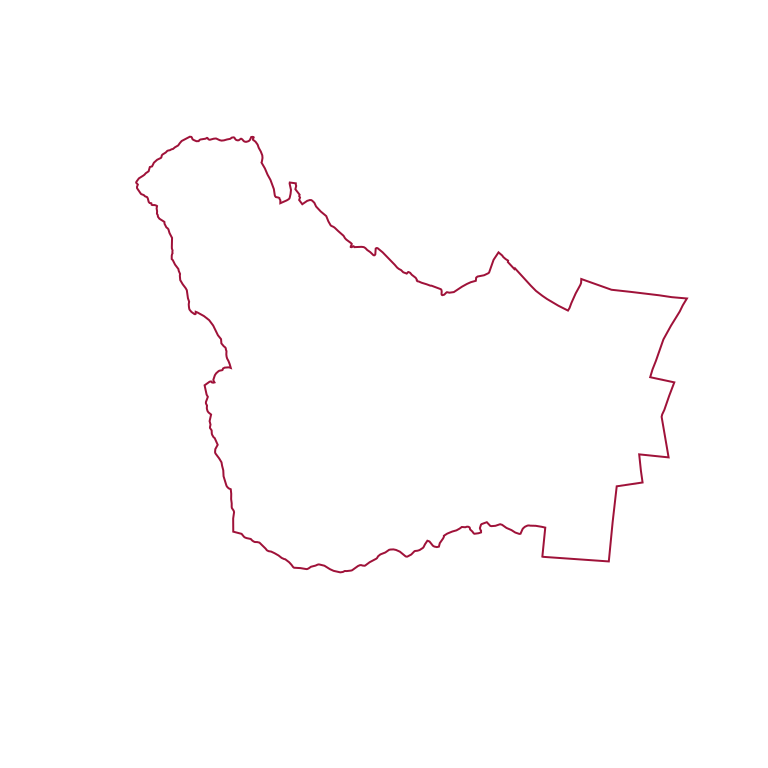 Gornet, Prahova, Romania (Mercator projection), rotated 286°
{"feature_id": "2599482B23838810284079", "entity_name": "Gornet", "entity_type": "district", "adm_level": 2, "iso_a3": "ROU", "parent_name": "Romania", "parent_adm1": "Prahova", "projection": "mercator", "projection_center": [26.087, 45.131], "detail": "fine", "context": "isolated", "style": "outline", "palette": "rose", "viewbox_px": 768, "rotation_deg": 286, "n_neighbors": 0, "source": "geoboundaries", "source_scale": "gbopen_adm2", "svg_char_len": 6152}
<svg xmlns="http://www.w3.org/2000/svg" viewBox="0 0 768 768"><g transform="rotate(286 384 384)"><path d="M491.6,402.5L491.3,401.5L491.6,397.6L491.7,392.2L492.1,389.2L492.0,387.8L492.5,387.0L493.2,386.9L494.8,385.2L496.7,380.5L498.1,378.5L498.4,376.7L498.2,376.3L496.4,375.4L496.7,371.7L498.2,369.0L498.7,366.6L499.5,364.6L501.6,361.4L510.2,346.4L512.8,340.4L512.6,339.3L511.9,338.7L506.2,339.9L505.2,339.5L505.0,339.1L504.9,338.4L507.0,334.4L508.2,330.9L509.5,328.7L510.0,326.9L509.7,324.7L507.4,317.8L508.0,317.0L508.0,316.6L506.6,315.2L506.5,314.3L507.1,314.1L508.4,314.4L509.8,314.4L510.3,313.6L512.4,308.0L513.4,306.3L515.3,304.3L518.4,297.8L520.6,293.6L521.1,292.2L521.5,289.7L521.8,289.0L525.0,285.7L529.5,282.2L532.4,275.6L535.9,269.8L539.0,267.1L540.3,264.7L540.7,263.6L540.6,262.9L540.4,262.0L539.6,260.8L538.9,259.7L534.3,255.9L534.6,255.5L537.5,251.7L540.1,251.9L541.2,250.7L542.7,250.7L546.8,245.1L550.2,245.0L551.5,244.2L552.6,243.9L551.7,237.9L550.7,238.0L544.9,241.1L540.9,241.8L537.1,242.0L536.2,241.9L535.2,241.3L533.6,239.8L529.2,234.5L532.1,233.7L533.0,232.7L533.9,232.2L534.1,231.2L533.9,228.5L534.6,227.5L535.5,226.9L541.0,224.4L548.9,218.6L553.2,214.3L558.4,210.1L563.1,205.2L564.1,205.3L567.8,204.9L570.2,204.0L573.5,201.5L576.5,198.5L579.3,196.5L581.5,193.7L582.7,190.7L583.4,190.4L585.0,190.8L585.4,190.5L585.3,189.4L584.8,188.3L581.5,187.8L580.5,187.2L579.7,186.3L578.7,184.6L578.6,183.1L578.9,182.1L580.1,180.3L580.4,179.2L580.3,178.8L578.3,177.2L577.9,176.3L577.8,174.8L578.3,173.7L579.6,172.2L579.6,171.3L578.8,169.7L577.4,168.7L577.0,168.1L575.8,165.7L574.1,163.0L573.2,160.8L573.1,158.9L573.7,155.0L573.5,154.3L572.9,152.8L570.8,149.3L570.7,148.6L570.9,147.7L571.8,146.5L571.8,146.0L570.6,144.8L568.4,140.1L567.7,139.4L566.4,138.9L565.7,136.8L566.0,134.3L566.4,132.6L568.0,131.3L568.4,130.7L568.2,129.2L561.8,122.5L559.2,121.3L556.6,120.4L553.9,117.8L551.8,116.4L551.0,115.0L549.7,113.7L548.9,112.1L548.3,111.4L546.4,110.4L543.5,107.8L542.5,107.4L540.5,107.5L539.8,107.2L537.0,104.1L533.3,101.8L529.3,101.1L528.0,99.1L523.6,99.1L520.8,96.8L519.2,96.1L517.8,95.0L514.1,91.7L510.3,90.3L509.5,90.2L509.0,90.5L507.9,92.4L505.3,92.2L504.1,92.7L499.8,97.9L499.6,98.6L499.4,101.0L498.6,102.4L498.3,104.8L497.3,105.8L494.2,107.6L493.4,108.8L493.6,110.5L492.2,111.3L492.2,112.2L492.8,114.3L492.7,116.3L492.5,116.8L490.2,117.0L487.4,118.3L485.1,118.8L484.1,119.9L482.5,120.6L481.0,122.5L479.3,128.2L477.5,128.9L474.6,131.6L474.0,133.1L473.3,134.1L470.0,136.2L466.0,140.0L457.2,142.3L455.7,142.8L454.2,143.9L452.4,144.2L451.5,144.7L450.3,144.5L448.8,144.6L445.6,145.5L444.8,146.9L441.2,150.2L437.9,154.6L436.2,155.5L433.6,157.6L431.8,157.9L427.7,159.5L424.4,163.0L421.4,167.0L419.8,168.6L412.4,171.9L409.4,174.0L406.9,174.3L404.7,175.1L402.5,176.1L401.7,176.8L400.2,179.0L399.0,182.4L399.0,183.1L399.5,183.6L401.5,183.1L401.3,185.1L399.7,192.1L397.2,198.3L393.1,203.7L385.1,210.9L382.2,215.0L378.2,216.5L376.1,219.6L375.5,221.1L374.8,222.0L373.4,222.6L372.2,223.5L368.9,224.3L366.8,225.2L365.2,226.2L363.4,228.0L360.7,230.1L357.2,232.3L357.3,231.0L357.1,229.8L355.8,226.3L354.5,225.0L353.0,224.9L352.6,224.5L351.4,222.1L350.7,221.4L348.0,219.7L345.8,219.0L341.1,218.8L340.2,219.2L338.8,220.6L338.3,219.8L338.1,218.7L338.1,218.1L338.8,217.0L338.1,215.7L333.3,211.9L324.9,216.4L323.1,218.2L317.7,217.8L316.7,218.0L316.1,218.3L314.5,219.8L312.0,220.3L311.0,220.8L309.4,221.8L308.3,223.1L307.0,226.2L300.2,226.6L297.2,228.4L294.5,228.6L293.7,228.9L291.9,231.1L288.7,232.2L287.7,232.9L285.9,234.8L285.3,236.2L279.7,240.9L274.9,239.8L271.9,240.4L270.8,241.1L267.0,246.1L263.9,249.4L260.8,250.9L256.7,253.3L251.1,255.2L242.8,260.6L241.9,261.6L240.9,263.4L240.6,265.7L236.4,267.4L231.2,268.8L227.3,270.5L223.8,271.5L222.8,272.0L220.8,274.4L219.5,275.2L213.1,276.1L200.5,279.8L200.7,288.4L198.5,291.6L198.1,292.8L198.0,294.5L198.3,298.6L197.2,300.5L196.7,302.0L196.5,303.4L197.1,305.7L197.2,308.0L193.1,315.6L191.9,317.2L191.5,319.1L191.8,321.7L191.2,325.4L190.1,329.9L188.6,333.6L188.2,336.3L188.3,337.4L186.5,342.0L184.7,344.9L183.0,347.1L182.6,348.2L184.0,354.4L184.7,360.5L184.9,361.1L185.9,362.3L188.2,364.2L190.6,368.3L192.0,369.9L192.6,371.0L192.7,371.7L192.9,376.8L191.1,383.1L190.5,387.1L190.9,393.9L192.0,396.3L193.4,397.8L194.0,400.0L195.6,403.8L196.2,404.7L201.9,409.2L203.2,410.8L203.6,411.9L203.6,413.7L204.0,415.6L204.5,416.1L208.7,419.3L214.0,424.8L214.8,425.3L216.8,425.8L219.2,427.5L222.4,431.7L226.0,434.6L226.6,435.7L227.6,438.6L227.8,441.3L227.2,445.5L224.3,452.2L224.2,453.0L224.5,454.0L227.6,457.2L231.5,459.3L232.0,459.8L233.0,462.2L234.2,464.0L237.2,466.6L238.1,467.0L241.3,467.6L245.3,468.9L245.2,470.8L245.1,471.2L242.0,475.6L241.6,477.2L241.8,479.8L242.8,481.6L246.4,481.5L251.9,483.4L253.8,483.7L254.6,483.4L257.6,486.0L261.0,490.3L263.3,494.0L265.9,496.6L268.0,498.2L268.7,501.6L269.6,502.9L270.0,504.1L269.8,505.6L269.5,506.0L267.9,506.9L266.6,509.5L265.1,511.5L265.0,512.3L266.6,516.0L268.1,518.2L269.8,517.7L270.4,516.9L271.9,515.9L275.4,516.0L276.2,516.4L279.5,520.9L276.9,525.3L277.0,526.5L278.4,530.2L280.9,533.8L281.2,534.3L281.2,535.6L281.2,536.3L279.4,541.4L278.7,546.8L277.4,551.1L277.2,555.4L277.7,556.5L282.8,557.2L284.1,557.8L285.7,558.9L287.4,560.9L288.0,562.3L288.1,563.5L289.5,568.9L290.2,575.0L290.4,578.6L261.7,583.8L261.7,584.5L275.4,649.0L314.0,641.9L349.8,635.9L360.6,659.7L371.6,654.8L386.7,648.7L391.9,677.8L429.0,659.9L431.5,659.8L436.3,660.6L451.3,661.4L465.6,662.6L463.9,638.0L472.0,638.1L481.2,639.0L503.9,640.3L519.2,643.8L535.2,648.3L542.0,649.5L549.7,651.6L546.8,636.7L545.1,623.9L540.6,596.0L537.3,576.7L539.3,544.7L535.5,545.6L533.3,545.4L524.0,543.3L513.5,541.8L508.2,541.4L505.3,540.6L507.3,530.1L510.6,517.4L512.4,512.0L515.4,504.4L519.0,498.0L531.3,478.0L530.4,477.7L535.4,469.4L536.8,469.3L537.6,466.5L538.9,463.7L540.1,462.2L542.1,457.8L533.6,455.1L520.1,454.3L519.1,453.6L516.1,450.2L513.1,444.3L511.7,443.3L508.5,443.8L505.8,439.4L503.1,436.2L499.0,432.1L491.6,425.8L489.8,421.7L489.6,419.2L488.9,418.6L486.5,417.3L485.5,415.7L485.5,415.3L485.8,414.8L486.4,414.5L489.0,413.9L490.2,413.3L490.8,412.5L491.6,402.5Z" fill="none" stroke="#9f1239" stroke-width="2"/></g></svg>